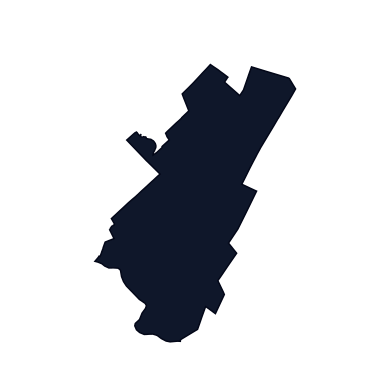 Silistea, Braila, Romania, rotated 211°
{"feature_id": "2599482B85034366886302", "entity_name": "Silistea", "entity_type": "district", "adm_level": 2, "iso_a3": "ROU", "parent_name": "Romania", "parent_adm1": "Braila", "projection": "orthographic", "projection_center": [27.821, 45.335], "detail": "fine", "context": "isolated", "style": "filled", "palette": "ink", "viewbox_px": 384, "rotation_deg": 211, "n_neighbors": 0, "source": "geoboundaries", "source_scale": "gbopen_adm2", "svg_char_len": 3075}
<svg xmlns="http://www.w3.org/2000/svg" viewBox="0 0 384 384"><g transform="rotate(211 192 192)"><path d="M229.3,309.8L232.8,310.2L234.8,310.3L238.9,310.5L241.9,310.7L243.1,304.7L244.4,299.0L244.7,297.4L245.9,291.7L246.8,287.5L246.8,287.3L248.7,279.5L249.9,274.9L250.9,271.0L247.1,268.0L243.3,265.1L236.5,259.9L239.1,250.4L239.0,249.9L240.1,246.0L240.6,244.5L241.1,242.9L244.4,231.1L244.9,228.8L242.5,227.1L242.0,226.6L238.3,224.9L241.1,215.6L240.7,215.3L240.5,215.2L240.5,214.9L240.7,214.2L240.8,213.9L240.9,213.3L241.5,211.4L242.7,207.2L242.8,207.2L243.0,206.7L244.3,203.5L244.5,203.8L244.8,204.4L245.0,204.9L245.1,205.2L245.2,205.6L245.3,206.1L245.5,206.5L245.6,207.0L245.5,207.3L245.3,207.9L245.7,209.2L245.7,210.3L246.1,211.9L246.9,213.2L247.4,213.7L248.5,214.7L249.0,214.9L250.5,215.6L251.4,215.9L252.7,215.9L254.1,216.0L255.1,215.7L256.4,215.1L258.1,214.5L258.7,214.4L259.7,215.3L260.2,215.3L261.0,214.7L261.9,214.6L263.0,213.2L264.6,213.1L265.1,213.3L265.2,214.7L265.5,214.8L265.9,213.5L266.8,213.4L267.5,213.7L268.1,213.9L268.5,214.1L268.8,214.2L269.1,214.4L269.6,214.6L270.5,214.8L271.4,213.3L272.0,211.5L274.7,202.9L246.9,195.3L246.3,195.2L233.0,192.0L228.6,190.9L229.6,187.8L231.4,181.5L231.8,180.3L234.3,171.7L235.7,167.1L237.3,161.3L237.6,160.4L237.9,159.2L239.1,155.8L240.9,150.3L243.4,141.5L244.2,138.8L246.5,130.8L247.4,127.7L246.1,127.0L244.5,126.1L241.9,124.6L241.8,123.6L242.1,123.4L242.3,123.0L242.4,122.7L242.5,122.2L242.6,121.9L242.9,121.6L243.1,121.4L243.2,121.2L243.2,120.9L243.1,119.9L243.3,118.9L243.2,118.5L243.0,117.9L243.0,117.6L243.0,117.4L243.1,117.2L234.8,111.9L235.4,111.2L235.9,110.5L238.0,107.8L238.9,106.6L240.6,104.4L240.6,104.2L239.5,98.6L239.3,98.5L238.9,96.2L238.5,93.9L238.4,93.8L238.1,92.2L238.0,91.7L237.6,89.3L238.6,89.2L238.7,87.4L239.1,85.0L239.5,82.6L236.4,83.5L232.3,84.1L228.7,83.6L224.1,84.1L220.3,86.5L219.7,86.8L216.3,88.6L214.3,88.5L212.9,88.0L208.8,83.2L204.5,79.9L199.7,77.6L185.4,73.8L181.8,72.8L179.4,72.7L174.8,72.4L172.5,71.1L171.9,68.2L172.4,62.5L171.3,55.7L172.9,50.1L172.1,47.8L168.6,45.3L164.5,44.6L159.6,45.3L157.3,46.8L155.8,47.9L152.5,50.0L149.5,50.8L149.1,50.9L147.7,51.1L146.5,51.0L142.8,50.6L137.5,50.9L133.6,52.3L127.7,56.6L127.4,56.8L125.1,58.0L125.4,58.6L125.7,59.2L125.4,60.3L118.0,74.3L116.5,77.1L118.1,84.9L119.2,90.0L120.9,98.6L121.2,99.9L121.2,100.9L109.3,99.8L111.5,120.8L114.0,122.6L124.2,129.3L123.8,135.2L123.2,146.7L122.2,162.5L134.4,167.0L133.6,183.9L135.1,202.9L137.1,226.0L138.7,225.8L145.2,225.1L153.3,224.3L153.9,232.3L154.3,237.2L154.7,242.0L155.2,249.8L155.5,255.4L155.7,258.1L155.9,263.6L156.0,265.1L156.0,268.9L156.0,269.2L156.0,279.2L156.0,282.2L156.0,282.5L156.0,290.9L156.1,299.3L156.0,299.6L156.1,308.4L156.1,317.0L156.1,325.6L156.3,333.7L158.4,334.8L160.3,335.8L160.9,336.1L163.3,337.4L167.0,339.3L167.9,339.4L190.6,333.6L205.4,329.9L203.6,321.0L203.3,319.7L200.4,305.9L200.6,301.7L200.7,299.2L211.9,301.3L212.1,301.3L220.7,302.9L220.5,307.0L220.5,308.6L220.4,308.9L221.2,309.0L224.8,309.4L226.9,309.6L229.3,309.8Z" fill="#0f172a" stroke="#020617" stroke-width="1.5"/></g></svg>